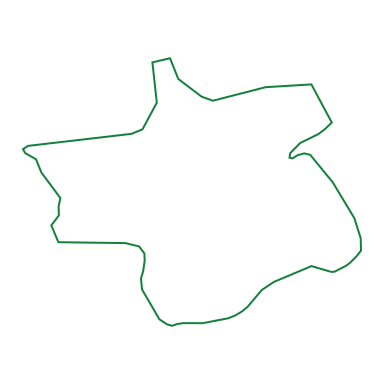 SVG path tracing the border of Zasavska
{"feature_id": "SVN-1006", "entity_name": "Zasavska", "entity_type": "Statistical Region", "adm_level": 1, "iso_a3": "SVN", "parent_name": "Slovenia", "parent_adm1": "", "projection": "albers", "projection_center": [14.936, 46.152], "detail": "fine", "context": "isolated", "style": "outline", "palette": "green", "viewbox_px": 384, "rotation_deg": 0, "n_neighbors": 0, "source": "natural_earth", "source_scale": "10m", "svg_char_len": 843}
<svg xmlns="http://www.w3.org/2000/svg" viewBox="0 0 384 384"><path d="M171.9,325.8L166.7,324.2L159.4,319.3L142.0,289.4L141.0,278.6L143.2,271.0L144.7,260.7L144.4,253.5L139.1,246.4L125.4,243.1L58.4,242.2L51.3,225.4L58.9,215.3L58.6,206.6L60.4,198.1L41.3,172.4L36.0,159.3L25.2,153.1L23.0,149.1L27.9,145.9L131.6,133.8L142.5,129.3L156.8,102.7L152.4,62.4L170.0,58.2L178.3,79.0L201.5,96.6L212.9,100.7L265.5,87.2L311.4,84.4L331.8,122.6L324.7,129.3L318.5,134.0L300.2,143.0L290.2,153.2L289.5,157.7L292.4,158.4L297.8,155.1L304.1,153.4L310.2,154.8L332.8,182.4L354.3,218.1L360.7,238.2L361.0,250.6L356.8,256.0L350.2,262.7L346.3,265.6L334.8,271.6L332.4,271.9L330.2,271.6L311.5,266.1L274.1,281.8L261.9,289.9L247.3,307.1L241.6,311.7L235.2,315.5L228.1,318.3L202.4,323.2L183.1,323.1L177.0,324.1L171.9,325.8Z" fill="none" stroke="#15803d" stroke-width="2"/></svg>